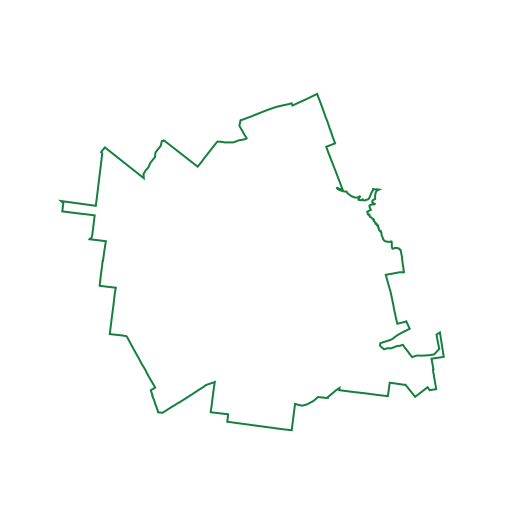 outline of Stanesti, Giurgiu, Romania, rotated 9°
{"feature_id": "2599482B52121049044399", "entity_name": "Stanesti", "entity_type": "district", "adm_level": 2, "iso_a3": "ROU", "parent_name": "Romania", "parent_adm1": "Giurgiu", "projection": "orthographic", "projection_center": [25.879, 43.949], "detail": "fine", "context": "isolated", "style": "outline", "palette": "green", "viewbox_px": 512, "rotation_deg": 9, "n_neighbors": 0, "source": "geoboundaries", "source_scale": "gbopen_adm2", "svg_char_len": 5980}
<svg xmlns="http://www.w3.org/2000/svg" viewBox="0 0 512 512"><g transform="rotate(9 256 256)"><path d="M318.5,422.5L317.7,396.0L323.5,396.6L325.3,396.5L329.4,394.7L335.5,390.1L339.4,385.6L347.6,385.2L349.1,384.9L349.0,384.7L349.0,384.4L349.0,384.2L354.8,377.6L356.1,376.0L356.6,375.7L358.2,374.0L359.1,373.2L359.2,375.5L368.8,375.2L369.8,375.2L386.3,374.5L399.1,374.2L408.2,373.8L407.9,360.2L423.3,360.0L423.5,360.0L423.8,359.8L435.2,370.2L446.0,358.8L448.5,361.4L454.8,359.3L448.6,340.9L448.6,340.3L449.0,340.1L448.4,338.5L445.4,330.0L456.8,326.4L457.2,326.2L456.3,323.4L449.6,302.7L446.6,305.4L448.5,311.0L451.6,319.3L451.3,319.6L450.7,320.3L447.6,325.0L447.1,325.4L445.8,325.9L444.2,326.3L442.9,326.8L439.5,327.6L434.7,328.6L432.5,328.8L430.1,329.3L428.8,329.9L426.1,331.5L423.3,328.9L422.6,328.5L422.5,328.1L422.2,327.8L421.1,326.7L417.6,323.5L416.4,322.3L415.5,321.2L415.0,320.7L414.9,320.7L413.0,321.7L412.4,322.2L410.5,322.5L409.6,322.8L408.5,323.4L407.6,323.9L404.0,326.0L402.9,326.3L401.7,326.3L400.9,326.4L399.5,326.9L397.3,328.0L397.1,328.1L396.6,327.8L395.8,327.4L393.7,326.1L392.8,325.4L392.4,324.8L392.4,324.6L392.5,323.8L392.4,323.0L392.5,322.6L401.4,318.1L403.6,316.7L404.1,316.2L405.9,314.2L407.7,312.5L409.6,310.8L410.9,309.8L413.3,308.0L419.2,303.8L414.6,297.0L414.3,297.3L413.9,297.5L406.2,300.8L403.4,294.1L402.9,292.5L400.9,287.6L399.3,282.9L394.7,270.8L392.8,266.7L390.7,262.2L387.1,254.3L396.6,251.0L400.4,249.6L402.9,249.2L404.4,249.1L404.4,248.9L404.7,248.6L404.5,248.4L404.0,247.3L404.0,246.7L403.2,243.9L402.8,242.9L402.0,240.4L400.6,235.3L400.3,234.6L400.2,233.7L398.9,230.3L397.9,227.6L397.8,227.3L397.6,227.1L397.1,227.2L396.8,227.1L396.2,226.3L396.0,226.2L394.8,226.2L394.0,226.0L393.1,226.1L391.8,226.4L391.1,226.8L390.7,227.2L390.1,227.4L389.7,227.4L389.5,227.2L389.2,226.8L388.7,225.7L388.3,223.1L388.1,222.1L387.8,220.9L387.6,220.5L387.2,220.4L387.0,220.6L386.2,221.0L385.6,221.2L384.2,221.3L382.3,221.3L381.2,221.2L380.9,221.1L379.3,220.0L378.8,219.3L378.1,217.7L377.4,216.8L377.1,216.4L376.7,215.3L376.4,213.9L375.8,212.7L375.5,212.0L375.2,211.7L374.9,211.8L374.9,212.3L373.2,210.7L373.1,210.4L373.2,209.9L373.1,209.4L373.0,209.2L372.4,208.9L372.1,208.5L371.9,207.0L371.8,206.7L371.6,206.6L371.1,206.9L370.9,206.9L370.6,206.7L370.4,206.4L370.3,206.1L370.2,205.7L370.0,205.2L369.8,205.1L369.6,205.2L369.3,205.5L369.1,205.5L369.1,205.3L369.0,204.8L368.6,204.7L368.4,204.5L368.4,204.4L368.4,204.1L367.2,203.2L366.9,203.1L366.8,202.6L366.4,202.2L366.5,202.1L366.8,201.8L366.1,201.2L365.1,200.8L364.7,200.5L364.2,200.3L364.0,200.0L363.6,199.9L363.4,199.7L362.4,199.5L362.2,199.3L362.1,198.9L361.8,198.5L361.8,198.3L361.8,197.7L361.7,197.5L361.4,197.5L361.0,197.7L360.6,197.7L360.3,197.5L360.2,197.0L359.7,196.9L359.6,196.0L359.5,195.8L359.3,195.6L359.3,195.2L359.1,195.0L359.0,194.8L361.2,193.2L362.2,192.4L360.9,190.5L360.5,189.7L360.2,188.8L360.2,188.6L360.2,188.3L360.6,187.9L361.6,187.4L363.2,186.8L365.0,186.4L365.2,186.0L364.9,185.9L363.8,185.5L362.7,185.0L362.3,184.5L362.2,184.1L362.4,183.3L362.8,182.5L363.4,182.0L364.6,181.3L364.7,181.2L364.7,180.4L364.3,178.6L364.2,177.3L364.2,176.1L364.3,175.2L364.4,174.5L364.6,173.8L364.9,173.1L365.2,172.6L365.8,172.1L367.1,171.2L364.7,171.2L363.9,171.5L362.2,171.7L361.4,171.4L361.1,171.5L361.1,172.8L361.0,173.4L360.1,175.5L359.5,178.0L359.1,180.1L358.2,182.2L357.6,182.7L356.1,183.2L355.4,183.8L354.9,184.1L354.5,184.2L353.7,184.1L353.4,184.0L352.6,183.5L352.4,183.4L352.3,183.6L352.2,184.2L352.0,184.3L349.4,184.5L348.4,184.4L348.3,184.0L348.4,183.6L349.4,181.2L349.5,181.0L349.4,180.9L349.0,180.9L348.6,181.0L347.9,181.9L347.5,182.2L347.1,182.4L345.2,182.7L344.2,182.8L340.7,181.9L340.1,181.6L339.1,181.1L338.7,180.9L338.3,180.6L337.3,180.1L336.4,179.5L336.0,179.1L335.4,178.2L335.1,178.3L332.9,178.5L329.0,178.0L328.1,177.8L327.3,177.5L326.3,177.1L325.4,176.4L325.3,176.2L325.7,175.9L326.8,176.4L327.7,176.7L328.2,176.7L331.1,176.8L321.6,160.2L315.4,149.6L310.8,141.7L308.3,137.1L316.5,132.4L315.4,130.4L313.0,126.2L310.9,122.1L308.8,118.4L306.4,113.7L304.6,110.4L303.4,108.6L301.7,105.4L296.1,95.2L292.0,88.1L291.1,86.3L280.5,93.7L274.5,97.6L268.5,101.7L267.3,99.6L264.7,100.8L259.5,102.8L252.6,105.6L248.3,107.9L245.5,109.4L239.1,113.1L227.9,119.8L224.5,121.6L224.0,122.0L220.2,124.1L219.5,124.3L219.2,129.9L219.3,130.1L225.7,138.1L228.4,141.2L228.3,141.4L227.6,142.0L226.9,142.4L220.8,144.5L216.7,146.9L215.6,147.4L211.3,148.1L209.4,148.3L208.1,148.7L205.1,148.6L200.0,149.0L197.5,153.2L194.2,159.2L189.6,167.5L187.7,171.2L184.4,176.9L147.0,156.2L146.8,156.6L146.3,156.9L145.0,157.2L144.7,162.1L140.5,169.4L140.7,174.2L137.0,180.6L135.9,185.3L133.7,188.6L132.1,192.6L133.0,196.7L89.8,172.4L86.7,177.6L88.1,178.6L89.7,223.9L89.9,231.5L54.8,232.2L57.4,233.9L57.7,242.2L69.5,241.9L74.2,241.7L77.1,241.6L80.4,241.4L90.3,241.1L90.7,251.9L91.0,260.6L90.9,261.9L90.8,263.1L90.7,263.5L89.9,264.5L89.0,265.2L88.9,265.5L98.3,265.1L105.4,264.9L105.4,274.1L105.6,284.5L105.3,284.5L105.3,284.8L105.6,291.6L105.7,297.8L106.1,307.1L106.2,309.2L106.3,309.9L119.3,309.4L122.5,309.3L122.4,314.9L122.9,327.1L123.3,342.1L123.8,356.0L136.9,355.4L140.5,355.5L140.9,355.7L141.9,356.9L145.2,361.3L149.5,366.9L156.3,375.5L160.1,380.6L164.5,385.7L166.3,388.5L167.1,389.4L169.4,392.4L172.0,395.6L177.0,401.7L175.9,402.7L174.2,404.0L173.4,404.8L173.1,405.2L174.0,406.8L174.7,408.3L175.5,409.5L175.3,409.7L175.3,409.9L175.5,410.5L175.9,411.1L176.6,412.4L177.4,413.4L177.7,413.8L178.3,415.3L179.1,416.8L179.9,418.3L180.5,419.6L181.6,421.2L182.2,422.5L183.3,424.4L183.5,425.0L183.7,425.7L188.2,425.5L197.2,417.5L199.0,416.2L200.3,414.9L202.5,413.0L202.9,412.8L203.6,412.3L204.1,411.8L206.5,409.7L214.5,402.6L220.3,397.3L224.7,393.5L225.8,392.4L226.4,391.5L227.7,390.8L230.2,389.5L235.0,386.9L235.0,388.8L235.0,391.1L235.1,396.5L235.6,411.9L235.6,412.3L235.6,416.2L235.7,417.4L253.2,416.7L253.6,424.2L293.4,423.3L299.3,423.1L303.5,423.1L312.2,422.8L318.5,422.5Z" fill="none" stroke="#15803d" stroke-width="2"/></g></svg>